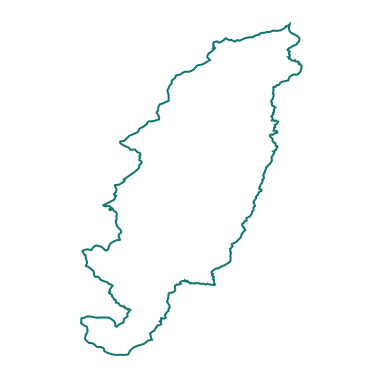 outline of Vibhavadi, Surat Thani, Thailand, rotated 261°
{"feature_id": "78962969B95788991871797", "entity_name": "Vibhavadi", "entity_type": "district", "adm_level": 2, "iso_a3": "THA", "parent_name": "Thailand", "parent_adm1": "Surat Thani", "projection": "equal_earth", "projection_center": [98.854, 9.243], "detail": "fine", "context": "isolated", "style": "outline", "palette": "teal", "viewbox_px": 384, "rotation_deg": 261, "n_neighbors": 0, "source": "geoboundaries", "source_scale": "gbopen_adm2", "svg_char_len": 5983}
<svg xmlns="http://www.w3.org/2000/svg" viewBox="0 0 384 384"><g transform="rotate(261 192 192)"><path d="M139.7,233.2L142.0,234.1L144.1,236.0L146.0,238.7L146.9,238.0L148.5,238.0L150.4,236.5L152.6,236.5L153.3,238.2L155.0,239.5L155.3,241.5L157.7,241.6L158.7,245.1L161.9,248.2L163.4,248.4L164.7,250.1L166.9,250.2L168.4,252.1L171.4,251.2L173.1,251.5L175.6,254.2L177.5,254.6L179.7,257.3L181.2,257.8L182.2,260.8L183.6,260.7L184.5,259.0L185.6,259.0L189.4,261.6L190.6,263.0L192.1,263.5L192.9,263.2L194.4,265.3L197.5,265.0L198.9,266.3L199.6,266.2L200.4,267.1L202.1,267.7L202.8,268.6L204.8,268.9L205.6,270.9L206.4,271.2L207.3,273.0L210.3,275.8L214.1,276.1L217.5,279.3L218.3,279.3L219.3,278.5L219.6,280.0L220.4,280.6L220.4,281.7L222.6,282.8L223.3,283.6L223.8,283.5L224.7,281.8L227.3,282.1L227.8,280.8L229.6,279.5L231.7,279.9L235.0,277.7L236.1,278.1L236.4,279.4L235.9,280.3L236.0,281.3L237.1,282.9L237.2,285.2L237.7,285.8L238.7,285.4L240.0,282.2L240.9,282.9L242.9,283.2L243.2,284.4L245.4,284.3L245.7,286.2L248.1,288.1L249.6,285.5L249.3,284.4L250.3,283.6L250.3,282.2L251.6,283.1L253.4,282.9L254.0,282.3L254.4,283.0L255.4,283.2L255.9,284.4L257.0,284.8L257.9,284.5L258.1,285.4L259.5,285.9L260.6,285.6L262.2,286.7L262.6,287.6L263.0,287.2L262.9,286.7L263.5,286.7L264.7,284.9L266.1,284.5L267.6,285.0L269.1,284.3L270.2,284.9L271.2,286.3L274.0,287.6L275.4,287.9L276.1,287.3L276.3,287.7L277.1,287.5L280.5,288.6L282.4,288.5L283.0,289.3L282.8,290.9L284.3,292.6L284.1,293.8L284.5,295.2L285.7,295.9L286.7,297.8L287.2,304.5L290.3,306.3L291.6,308.7L292.2,311.1L291.5,313.2L291.7,315.1L293.8,317.8L298.1,319.8L299.8,320.0L301.4,317.9L301.8,318.3L302.0,317.6L303.6,317.7L303.6,317.2L304.1,317.1L304.7,314.7L305.2,314.1L306.0,314.2L305.7,313.4L306.3,310.9L307.4,310.4L308.3,309.5L308.3,308.8L309.1,308.4L309.6,309.0L310.0,308.7L309.8,309.4L311.8,310.2L312.6,309.4L314.1,309.4L315.3,310.5L316.2,310.1L316.9,308.7L317.5,308.6L318.7,309.8L319.4,312.4L320.2,313.6L321.4,318.5L322.7,319.1L323.8,321.0L325.7,322.0L327.1,322.0L328.7,321.2L330.6,319.2L333.5,315.0L335.3,313.7L338.4,313.2L342.5,314.7L341.4,313.2L341.0,310.9L340.4,310.9L340.4,310.1L339.2,308.7L337.8,304.7L338.0,299.8L338.8,297.7L337.8,293.5L338.4,290.9L337.9,289.5L338.2,285.7L337.8,283.5L337.0,283.2L336.5,278.3L335.3,276.4L335.7,274.6L335.8,269.0L334.0,262.6L334.8,261.2L334.7,259.3L334.0,258.3L334.2,257.1L336.3,254.4L335.9,252.8L338.5,249.6L338.0,248.1L336.8,247.0L335.3,242.3L335.5,241.4L336.8,240.6L336.7,237.1L335.1,236.0L334.3,236.4L332.7,235.9L332.2,236.4L331.1,235.4L331.0,237.0L330.2,237.0L327.8,233.5L326.1,230.0L323.8,228.3L322.3,228.3L319.6,230.5L316.5,222.9L316.1,216.9L312.9,213.2L311.6,209.8L311.2,207.6L311.9,204.1L311.2,201.2L310.0,199.3L309.7,194.7L307.3,193.1L305.2,189.5L302.4,188.9L301.0,186.9L295.9,183.5L291.1,184.1L285.7,183.1L283.9,176.3L283.7,174.1L281.8,172.3L278.3,171.3L276.2,169.5L271.0,171.4L268.8,170.7L268.1,165.1L268.4,160.0L267.4,158.7L266.1,158.0L264.0,153.9L262.7,149.9L260.7,148.8L259.3,147.1L257.3,138.8L253.1,133.0L253.2,129.6L253.0,129.0L251.9,128.7L251.0,129.2L248.3,132.2L245.8,136.5L243.4,137.7L242.9,142.4L239.7,144.4L238.8,146.6L236.6,147.0L235.8,145.6L234.0,146.0L232.8,145.1L231.7,145.0L230.0,146.8L229.1,147.0L228.1,146.3L227.1,144.3L224.0,143.3L222.9,141.9L220.3,137.6L215.1,126.6L214.0,127.4L213.1,126.9L210.6,121.1L210.9,117.1L210.3,116.8L206.4,117.9L204.2,117.1L201.8,114.6L199.9,116.6L198.8,115.0L197.1,114.5L196.2,113.1L192.8,102.4L192.3,102.5L191.4,104.4L191.4,106.8L190.6,109.0L189.4,109.3L187.7,107.7L187.1,107.8L186.9,109.1L188.5,109.8L188.4,110.8L185.6,111.8L184.3,113.8L181.3,114.3L179.3,113.3L177.1,113.5L175.3,112.2L173.0,112.2L169.8,112.6L169.3,113.4L167.3,114.1L166.1,115.4L164.1,115.8L163.2,115.7L161.8,113.7L160.0,112.5L156.1,113.4L155.8,112.8L156.2,111.2L156.1,109.1L154.1,103.7L151.6,101.5L148.3,100.0L147.6,98.9L147.8,97.3L152.1,94.0L154.2,89.0L154.0,87.9L152.5,85.3L150.4,83.5L151.8,79.8L151.4,75.4L150.6,74.5L148.8,75.4L147.1,75.6L146.2,77.1L143.7,76.7L138.7,77.4L135.6,75.6L134.2,78.0L129.9,81.9L128.9,82.4L125.0,82.4L123.5,83.0L123.1,83.9L123.2,85.6L122.3,86.6L119.6,88.0L118.1,90.2L116.2,94.2L114.2,95.5L113.0,97.9L111.9,99.0L108.4,95.4L107.4,95.1L106.5,95.6L105.8,94.2L105.4,94.1L102.7,96.9L101.3,96.6L99.3,98.0L97.9,98.1L97.4,99.7L94.7,99.6L94.1,101.4L92.8,102.6L91.4,103.0L90.3,104.6L89.8,105.5L89.8,107.0L89.2,107.0L88.4,107.9L87.8,107.7L86.7,110.0L86.0,110.1L86.3,111.0L85.7,111.6L85.8,112.1L85.3,112.7L81.9,109.1L79.3,108.9L77.1,104.9L73.6,103.8L72.9,99.9L70.7,96.5L71.4,95.3L74.0,95.7L76.7,94.8L80.1,91.3L81.1,89.7L82.1,83.9L82.8,77.6L84.7,73.1L85.4,69.7L85.4,68.2L84.8,66.7L84.6,63.0L79.7,62.0L77.1,64.4L75.9,66.6L74.2,67.3L70.1,66.9L67.7,64.8L64.1,63.4L62.5,63.8L59.1,66.6L58.6,68.8L57.5,71.0L53.9,73.8L53.2,77.6L52.2,79.5L51.0,80.4L48.6,80.5L46.2,83.6L44.7,86.6L43.3,90.1L41.5,100.9L41.7,103.8L44.6,105.5L47.5,109.8L48.9,115.5L49.4,120.5L52.0,125.1L52.4,129.4L54.7,128.7L58.9,128.6L60.4,131.3L60.6,132.6L63.5,135.0L63.6,135.7L65.2,136.3L65.7,137.1L65.5,139.1L66.5,141.0L67.8,140.6L68.9,141.3L69.3,140.1L71.0,141.8L72.2,141.7L72.2,142.6L71.7,143.1L71.3,145.4L71.5,145.9L72.4,146.5L74.2,146.0L75.4,146.3L76.1,147.7L77.2,148.2L78.2,150.2L79.9,150.4L81.7,152.1L84.2,151.7L87.5,150.1L91.0,152.0L95.1,152.9L96.0,154.1L95.8,157.3L96.9,159.4L97.9,160.2L100.8,160.2L102.2,160.7L102.9,162.4L102.7,166.1L103.1,166.5L103.9,166.0L104.8,166.2L105.7,168.7L105.1,170.5L105.9,171.2L104.7,171.8L105.0,173.4L104.2,173.3L103.9,174.3L103.2,174.5L103.1,175.1L102.0,176.0L102.4,176.5L101.9,177.0L101.2,181.1L101.6,182.0L99.9,186.4L99.5,189.6L98.5,190.7L98.6,192.3L99.0,192.9L98.2,194.0L97.4,196.7L96.7,199.3L97.0,200.4L98.9,199.5L102.2,199.9L103.0,199.0L104.8,200.3L106.5,198.7L107.1,198.8L107.8,199.9L108.8,198.6L110.3,198.9L112.5,203.1L112.8,204.3L112.4,206.0L113.9,209.5L114.5,212.5L116.9,218.3L118.2,219.4L124.6,220.2L125.9,221.2L127.5,220.4L128.9,220.9L129.9,220.5L130.5,221.9L131.8,223.4L134.4,223.2L135.6,227.7L139.7,233.2Z" fill="none" stroke="#0f766e" stroke-width="2"/></g></svg>